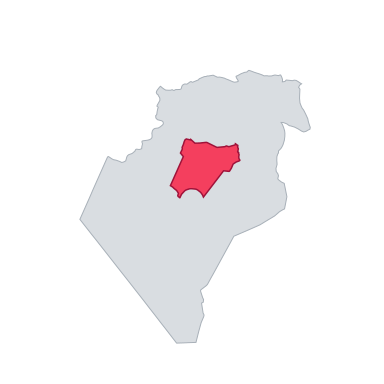 Chad, with Batha highlighted, rotated 204°
{"feature_id": "TCD-1472", "entity_name": "Batha", "entity_type": "Prefecture", "adm_level": 1, "iso_a3": "TCD", "parent_name": "Chad", "parent_adm1": "", "projection": "mercator", "projection_center": [18.213, 14.169], "detail": "fine", "context": "in_parent", "style": "filled", "palette": "rose", "viewbox_px": 384, "rotation_deg": 204, "n_neighbors": 0, "source": "natural_earth", "source_scale": "10m", "svg_char_len": 5535}
<svg xmlns="http://www.w3.org/2000/svg" viewBox="0 0 384 384"><g transform="rotate(204 192 192)"><path d="M283.3,121.4L283.3,129.6L283.3,137.7L283.3,145.9L283.4,154.0L283.4,162.1L283.4,170.2L283.4,178.3L283.4,186.4L283.4,189.0L283.2,190.1L282.7,190.4L278.6,189.7L276.8,189.6L274.3,190.2L270.5,190.5L268.1,190.4L266.5,191.8L265.2,193.5L265.8,197.5L265.7,198.8L265.1,200.2L264.0,201.3L262.9,202.3L262.2,203.1L261.4,204.9L260.8,205.7L260.8,206.9L260.6,208.1L259.9,208.7L258.2,209.1L257.1,209.6L256.2,210.5L255.6,211.1L255.9,212.0L256.3,213.1L256.6,214.9L256.8,215.9L257.6,216.7L258.1,217.4L258.3,218.1L257.8,218.7L255.7,220.0L254.9,220.5L253.9,221.1L253.5,221.4L252.0,222.6L251.2,223.7L250.8,224.6L250.8,225.8L251.6,227.7L252.5,229.2L252.8,230.4L253.0,231.7L252.9,233.0L252.5,234.0L251.7,235.0L248.8,236.8L247.4,238.8L246.2,241.2L245.9,242.6L246.3,243.4L246.9,244.2L247.7,244.6L249.0,244.7L251.1,244.3L253.0,244.0L255.1,244.9L256.2,246.9L255.7,248.4L256.5,251.1L257.2,254.3L257.2,255.4L257.5,255.8L258.8,256.0L259.1,256.8L258.6,262.5L259.2,264.0L260.1,265.2L261.1,265.8L262.1,266.5L262.6,267.1L263.7,267.2L265.0,268.2L265.3,269.6L265.2,270.9L264.5,273.8L263.9,275.7L263.2,275.6L261.6,275.1L259.8,274.7L257.5,274.4L255.4,275.2L253.1,276.2L252.3,276.9L251.7,277.4L250.7,277.3L249.7,277.4L249.2,278.2L248.4,279.0L245.0,280.6L244.3,281.2L243.9,281.8L243.9,282.5L244.2,283.8L244.2,285.5L243.5,286.8L242.6,287.7L241.6,288.1L240.8,288.3L240.2,288.9L238.5,291.9L237.7,292.5L236.2,292.4L231.8,297.0L231.4,298.4L229.7,300.3L227.7,302.4L225.9,303.4L225.7,303.8L225.2,304.2L224.1,304.7L220.2,307.3L215.5,307.2L213.5,308.2L211.5,308.7L208.5,309.2L207.6,309.1L203.9,309.3L199.5,309.3L197.8,309.6L196.2,310.6L195.0,311.5L194.8,311.8L195.0,312.1L195.0,312.4L198.0,314.5L198.8,315.6L198.0,316.6L197.7,316.7L197.6,316.8L197.1,317.6L195.3,320.0L192.5,322.8L191.1,323.6L190.6,324.1L189.8,326.0L189.4,326.3L187.5,326.5L183.7,326.7L178.5,327.3L175.4,327.5L173.5,327.4L170.8,328.7L169.8,329.0L169.2,329.1L166.5,330.4L164.3,332.3L163.5,332.7L160.3,333.5L159.1,334.8L158.5,334.9L156.5,333.2L155.1,331.6L154.4,330.0L154.3,329.4L154.0,329.5L152.9,330.2L151.9,331.1L151.5,332.6L148.2,333.7L145.4,334.6L144.2,335.7L142.2,336.3L139.7,336.0L137.8,335.6L135.9,335.4L136.8,334.0L137.1,333.0L137.2,331.7L137.1,330.8L135.9,330.4L135.2,329.7L133.6,325.6L131.9,321.4L129.6,317.3L127.0,314.7L125.1,313.1L124.5,312.9L123.6,312.4L122.9,311.9L119.5,309.1L116.0,306.0L115.0,304.5L113.3,302.4L111.3,300.2L110.3,299.2L109.8,297.4L111.2,295.7L112.6,293.7L114.4,292.3L116.7,292.2L120.6,292.8L124.7,293.0L128.8,292.5L129.8,292.2L130.9,292.3L133.1,292.8L136.9,292.6L138.9,291.8L136.8,290.4L134.5,288.1L132.3,285.6L131.0,283.4L129.8,280.5L128.7,276.9L128.1,272.3L128.2,269.7L128.5,267.8L129.7,264.7L128.9,262.9L129.1,261.5L128.9,259.3L128.6,258.2L127.1,254.7L126.8,254.3L125.5,251.8L124.9,247.7L123.4,245.0L121.0,243.6L119.6,242.0L119.1,239.2L118.2,238.4L114.4,237.5L111.3,237.4L109.0,234.2L106.1,230.1L103.4,226.3L101.6,218.6L100.6,214.2L101.8,212.8L104.0,209.7L106.8,203.7L113.3,194.4L116.6,189.6L123.1,182.4L131.2,173.6L135.8,168.6L136.5,159.6L137.3,149.9L137.9,142.6L138.6,134.0L139.2,126.7L139.7,121.4L140.3,113.9L140.8,112.4L144.0,106.5L144.2,105.7L143.7,104.7L139.1,99.6L137.7,98.5L136.9,95.9L138.1,94.4L132.6,85.9L131.3,84.9L130.7,83.8L130.6,82.3L130.5,76.4L129.1,67.1L127.2,56.2L133.6,53.1L138.4,50.7L144.6,47.7L150.4,50.8L158.7,55.3L167.0,59.7L175.3,64.2L183.6,68.6L191.9,73.1L200.2,77.5L208.5,81.9L216.8,86.3L225.2,90.7L233.5,95.1L241.8,99.5L250.1,103.9L258.4,108.3L266.7,112.6L275.0,117.0L283.3,121.4Z" fill="#d9dde1" stroke="#a8b0b8" stroke-width="1"/><path d="M164.5,236.3L165.6,234.6L165.7,234.4L165.8,234.0L165.7,229.9L165.7,229.7L166.2,226.4L166.3,226.2L166.6,225.9L171.8,224.2L179.5,192.0L181.1,193.5L183.2,194.8L184.3,195.3L187.9,196.2L189.3,196.2L189.9,196.1L193.3,195.0L195.1,194.2L195.8,193.7L197.7,192.0L198.7,190.9L199.2,189.9L200.5,186.1L200.6,185.9L200.7,183.8L200.7,181.9L200.8,181.8L201.1,181.8L201.3,182.1L201.6,182.2L202.0,182.1L202.3,182.1L202.9,182.3L203.0,182.4L203.1,182.5L203.3,182.7L203.4,182.8L203.5,182.9L203.6,183.3L203.8,185.0L204.0,185.4L204.3,185.6L206.6,187.1L206.8,187.2L208.2,187.5L210.3,188.1L211.0,188.4L211.9,188.7L214.3,189.0L214.3,218.2L214.3,220.8L218.2,222.8L218.4,222.9L218.4,223.0L218.3,226.9L218.4,227.3L218.5,227.7L219.1,228.6L219.2,228.8L219.2,231.7L219.6,234.9L219.6,236.7L219.5,236.9L219.4,237.2L218.9,237.9L218.8,238.1L218.7,238.1L214.1,239.1L213.9,239.1L214.0,239.2L214.1,239.4L209.2,237.8L205.1,239.7L199.8,242.8L198.9,243.2L198.6,243.3L198.3,243.3L187.8,242.9L187.5,242.9L187.1,243.0L180.9,246.5L180.4,246.8L179.6,247.8L179.4,248.0L179.1,248.1L177.2,248.3L176.9,248.4L176.6,248.5L172.0,252.4L171.7,252.9L172.0,253.8L171.8,253.8L171.7,253.7L171.4,253.6L170.9,253.5L170.8,253.4L170.7,253.4L170.5,253.2L170.4,253.2L170.2,253.2L170.0,253.3L169.9,253.3L169.6,253.3L169.4,253.3L169.3,253.2L169.2,253.2L168.9,252.9L168.8,252.7L168.9,252.2L168.8,251.9L168.7,251.8L168.5,251.6L168.4,251.5L168.3,251.2L168.2,251.0L167.7,250.8L167.6,250.7L167.3,250.3L167.2,250.1L166.7,247.8L166.7,247.6L166.7,247.4L166.5,247.2L166.4,247.1L166.2,247.1L165.9,247.2L165.7,247.1L165.5,246.8L165.3,246.6L165.2,246.6L165.2,246.4L165.0,246.0L164.9,245.9L164.6,245.7L164.4,245.5L164.2,245.3L164.0,244.6L163.7,243.5L163.7,243.3L162.9,241.9L162.8,241.7L162.3,241.3L161.9,241.1L161.3,240.6L161.2,240.5L161.2,240.4L161.2,240.2L161.3,240.0L161.7,239.4L163.3,237.9L163.5,237.7L163.8,237.4L164.5,236.3Z" fill="#f43f5e" stroke="#9f1239" stroke-width="1.5"/></g></svg>